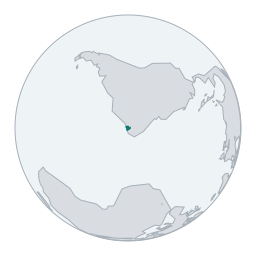 Sergipe highlighted on a globe, orthographic projection, rotated 121°
{"feature_id": "BRA-629", "entity_name": "Sergipe", "entity_type": "State", "adm_level": 1, "iso_a3": "BRA", "parent_name": "Brazil", "parent_adm1": "", "projection": "orthographic", "projection_center": [-37.484, -10.548], "detail": "fine", "context": "on_globe", "style": "filled", "palette": "teal", "viewbox_px": 256, "rotation_deg": 121, "n_neighbors": 0, "source": "natural_earth", "source_scale": "10m", "svg_char_len": 6596}
<svg xmlns="http://www.w3.org/2000/svg" viewBox="0 0 256 256"><g transform="rotate(121 128 128)"><circle cx="128" cy="128" r="113" fill="#eef3f6" stroke="#a8b0b8"/><path d="M90.6,21.8L92.3,21.2L90.9,21.7L94.3,20.5L95.1,20.3L95.2,20.2L98.4,19.3L97.1,19.7L96.0,20.0L96.5,19.9L95.0,20.4L96.7,19.9L94.6,20.8L99.2,19.3L99.7,19.4L97.6,20.2L94.6,20.9L82.2,25.7L79.2,27.4L78.0,28.6L82.7,28.8L80.7,30.5L80.4,32.2L83.0,30.6L84.1,28.8L88.9,26.8L89.7,25.2L91.7,24.3L93.9,22.7L97.1,22.1L99.0,22.6L97.4,24.1L98.2,24.5L102.6,22.7L102.3,25.4L106.9,27.5L106.4,28.5L100.4,30.7L93.2,31.3L85.3,35.5L94.0,32.2L92.6,35.3L93.9,35.7L96.1,35.4L97.9,34.1L98.2,35.2L89.8,38.5L89.4,37.5L92.1,36.4L88.7,36.9L83.0,39.7L82.8,41.4L74.4,45.0L74.2,46.4L72.2,48.2L73.2,45.6L71.3,50.4L61.4,57.6L58.6,67.2L57.5,60.4L54.8,60.3L51.1,61.4L50.6,62.9L46.5,63.2L41.5,67.9L37.5,76.3L37.2,82.0L41.9,80.7L44.2,76.7L48.3,74.9L43.3,85.3L49.9,85.0L48.1,92.7L49.7,96.2L53.6,94.4L57.4,95.6L60.8,90.6L66.1,87.5L65.5,93.7L68.9,87.7L71.4,90.3L82.3,89.0L81.3,90.4L90.3,97.2L101.1,99.9L103.6,104.5L102.2,107.5L106.2,108.2L106.3,110.2L123.1,113.0L132.4,118.0L132.6,125.0L125.7,132.9L121.7,150.3L110.0,156.2L108.5,163.4L101.9,174.2L94.6,173.8L98.2,178.9L95.4,182.3L91.1,182.9L91.7,186.6L88.6,187.0L91.7,189.2L88.8,194.5L92.1,198.4L90.6,202.6L92.9,204.8L91.5,204.9L90.6,205.9L91.3,207.3L86.1,205.6L82.1,200.4L82.1,197.6L80.2,197.4L80.0,190.2L78.8,191.8L75.1,181.6L74.9,172.9L70.8,149.1L67.9,144.7L60.1,140.4L50.5,125.0L52.3,117.9L50.5,115.1L56.3,104.7L55.3,96.5L53.4,95.7L51.2,99.2L45.3,95.4L44.0,89.6L30.3,85.3L29.8,83.0L31.3,78.2L34.6,65.8L29.6,78.5L29.3,76.7L30.6,72.6L31.7,70.9L35.1,64.6L35.8,63.3L41.1,56.3L46.9,49.8L53.2,43.8L60.0,38.2L67.1,33.2L74.6,28.8L82.5,25.0L90.6,21.8ZM57.2,70.7L64.9,74.1L59.5,75.6L60.7,74.5L59.0,72.8L55.4,71.8L51.0,73.8L57.2,70.7ZM62.8,64.4L61.4,64.3L62.9,64.0L62.8,64.4ZM92.0,23.1L92.9,22.9L92.1,23.3L92.0,23.1ZM92.1,22.7L90.4,23.3L90.2,23.3L91.3,22.9L92.1,22.7ZM94.2,22.0L90.0,23.0L89.7,22.9L93.4,21.4L94.2,22.0ZM94.3,20.5L93.9,20.7L93.3,20.8L94.3,20.5ZM107.2,17.5L105.6,17.7L106.3,17.5L107.2,17.5ZM108.7,17.0L108.3,17.1L107.0,17.3L108.7,17.0ZM95.6,209.4L86.9,206.3L91.4,207.6L92.6,205.3L97.9,207.8L95.6,209.4ZM100.0,203.4L102.6,202.1L103.7,202.7L102.2,203.8L100.0,203.4ZM236.6,98.1L236.5,100.6L234.3,92.7L222.6,70.3L221.6,68.3L221.4,68.0L221.2,67.6L222.6,70.8L219.7,66.7L228.6,81.4L231.1,87.6L236.6,101.0L236.7,102.0L237.7,105.1L238.2,104.5L238.9,108.3L239.9,118.1L237.2,132.3L236.2,144.5L233.7,154.4L229.0,159.6L226.3,167.7L223.4,169.7L221.2,174.3L217.1,178.5L211.5,182.1L205.2,180.6L207.2,176.2L207.8,167.3L209.6,146.8L213.8,138.4L214.2,131.6L209.4,115.9L210.6,108.1L208.7,104.5L205.2,104.8L202.6,100.6L200.2,100.3L183.3,101.7L176.6,96.3L165.0,81.1L167.0,75.3L164.6,68.8L175.8,49.0L181.2,50.5L193.5,49.6L195.6,50.6L197.4,54.9L209.2,62.4L209.1,59.0L216.6,64.1L219.5,65.3L214.7,57.2L210.0,54.9L205.9,50.6L207.1,48.9L210.8,51.6L209.3,50.1L204.3,45.4L202.4,43.4L202.2,43.7L204.3,45.5L204.3,45.9L202.4,44.3L201.8,43.5L199.9,42.3L203.3,46.7L205.8,49.0L202.5,48.6L206.4,52.6L206.5,54.0L200.0,47.9L198.5,45.9L188.8,39.6L190.0,41.4L199.3,47.8L197.7,47.0L199.4,50.2L196.8,47.2L186.3,40.4L181.5,40.9L180.3,48.4L176.5,48.9L171.1,47.1L166.8,39.1L175.7,39.1L174.3,36.8L168.4,33.4L171.6,33.8L170.3,32.6L173.3,32.7L173.4,30.3L175.8,30.4L172.0,27.2L172.7,27.0L174.8,28.8L177.5,30.4L183.0,31.4L183.0,31.0L180.0,29.0L181.9,29.8L178.4,27.7L179.6,28.0L175.1,26.2L171.6,24.4L170.2,23.6L168.2,22.8L170.4,24.2L172.0,25.1L174.7,26.3L178.4,29.2L177.4,29.4L170.4,25.6L168.1,25.7L163.7,23.1L160.5,20.2L168.3,22.8L175.8,26.0L183.0,29.7L189.9,33.9L196.5,38.6L202.8,43.8L208.6,49.4L214.1,55.4L219.1,61.8L223.6,68.5L227.7,75.5L231.2,82.8L234.2,90.4L236.6,98.1ZM175.5,58.8L176.1,60.6L175.5,58.8ZM82.6,88.8L83.9,89.9L82.1,90.1L82.6,88.8ZM58.3,78.1L60.1,77.9L61.0,78.7L59.4,79.2L58.3,78.1ZM75.2,75.8L77.6,76.1L74.9,76.8L75.2,75.8ZM66.2,74.5L73.3,75.9L68.1,78.2L63.7,77.5L67.0,76.5L66.2,74.5ZM60.9,67.8L62.0,68.0L61.3,69.1L60.9,67.8ZM63.9,64.2L63.4,64.4L63.1,63.7L63.9,64.2ZM93.1,35.1L93.8,34.9L95.8,34.8L94.4,35.4L93.1,35.1ZM107.1,31.9L107.2,33.8L106.2,32.8L104.3,33.8L99.8,33.0L105.9,29.0L104.0,30.8L107.1,31.9ZM95.5,31.4L97.6,32.0L95.0,31.5L95.5,31.4ZM160.1,26.9L162.4,27.6L163.2,28.8L160.2,29.6L159.0,27.8L160.1,26.9ZM165.6,28.4L159.5,24.9L161.2,24.6L161.3,25.3L163.0,25.4L163.6,26.7L171.1,30.2L172.3,31.6L165.9,31.7L167.3,30.8L165.0,30.0L165.6,28.4ZM141.2,19.6L138.6,18.9L145.6,18.9L147.2,19.6L144.2,20.2L140.6,19.7L141.2,19.6ZM101.6,19.5L100.1,19.8L100.5,19.6L102.1,19.1L101.6,19.5ZM106.4,17.6L108.3,18.1L106.7,18.4L109.7,18.8L106.8,19.8L105.0,19.5L105.0,20.8L102.1,20.9L102.6,21.8L98.8,20.9L96.2,21.3L100.2,20.4L102.9,19.3L103.4,19.0L102.7,18.6L98.6,19.3L100.7,18.7L103.2,18.1L104.5,17.8L102.8,18.3L105.8,17.6L104.2,18.0L106.4,17.6ZM134.7,15.6L136.3,15.7L135.1,15.7L136.2,15.8L136.3,15.9L137.5,16.1L135.8,16.2L137.0,16.5L135.5,16.4L138.1,16.9L135.4,16.6L135.4,16.9L138.0,17.1L126.1,18.7L123.2,20.2L122.2,21.8L117.7,21.4L115.8,19.9L115.6,18.3L119.0,17.1L116.4,17.3L117.3,16.9L119.0,16.9L116.8,16.7L118.0,16.4L117.9,16.0L114.0,16.3L113.9,16.3L116.0,16.0L115.3,16.1L125.0,15.4L134.7,15.6ZM195.9,49.2L197.2,49.6L198.7,49.7L199.8,51.9L195.9,49.2ZM188.8,44.5L189.7,44.4L192.0,47.2L190.7,46.9L188.8,44.5ZM188.1,42.2L189.5,44.2L188.0,42.9L188.1,42.2ZM175.4,28.7L176.0,28.7L176.9,29.2L177.4,29.8L175.4,28.7ZM215.1,58.3L215.4,59.5L214.5,58.5L214.5,58.2L215.1,58.3ZM208.1,55.3L210.7,57.0L208.4,55.9L208.1,55.3ZM236.6,156.4L229.7,172.9L229.0,172.0L231.0,166.5L235.1,156.1L236.6,154.2L238.0,149.9L236.6,156.4Z" fill="#d9dde1" stroke="#a8b0b8" stroke-width="1"/><path d="M130.1,127.9L129.9,128.0L129.7,128.0L129.4,128.2L129.1,128.4L129.0,128.6L128.9,128.8L128.7,129.1L128.5,128.9L128.4,128.9L128.4,129.0L128.5,129.0L128.6,129.3L128.6,129.2L128.6,129.3L128.4,129.4L128.4,129.5L128.2,129.7L128.3,129.5L128.3,129.4L128.3,129.5L128.2,129.5L128.1,129.8L127.9,129.9L127.8,130.0L127.7,129.9L127.7,130.0L127.4,129.9L127.3,129.7L127.2,129.7L127.0,129.4L126.9,129.2L126.8,128.9L126.7,128.9L126.6,128.7L126.6,128.4L126.8,128.3L127.0,128.4L127.3,128.3L127.4,128.2L127.4,127.9L127.3,127.7L127.4,127.3L127.4,127.1L127.3,126.9L127.2,126.8L127.2,126.7L127.0,126.4L126.9,126.4L127.0,126.4L127.0,126.2L126.9,126.2L127.0,126.1L127.3,126.1L127.6,126.2L127.7,126.3L127.8,126.4L128.0,126.4L128.2,126.5L128.3,126.5L128.5,126.6L128.7,126.8L128.8,126.9L129.0,126.9L129.0,127.0L129.2,127.3L129.3,127.3L129.5,127.4L129.5,127.5L129.6,127.4L129.7,127.5L129.8,127.5L129.8,127.8L129.9,127.7L130.0,127.7L130.0,127.8L130.1,127.9Z" fill="#14b8a6" stroke="#0f766e" stroke-width="1.5"/></g></svg>